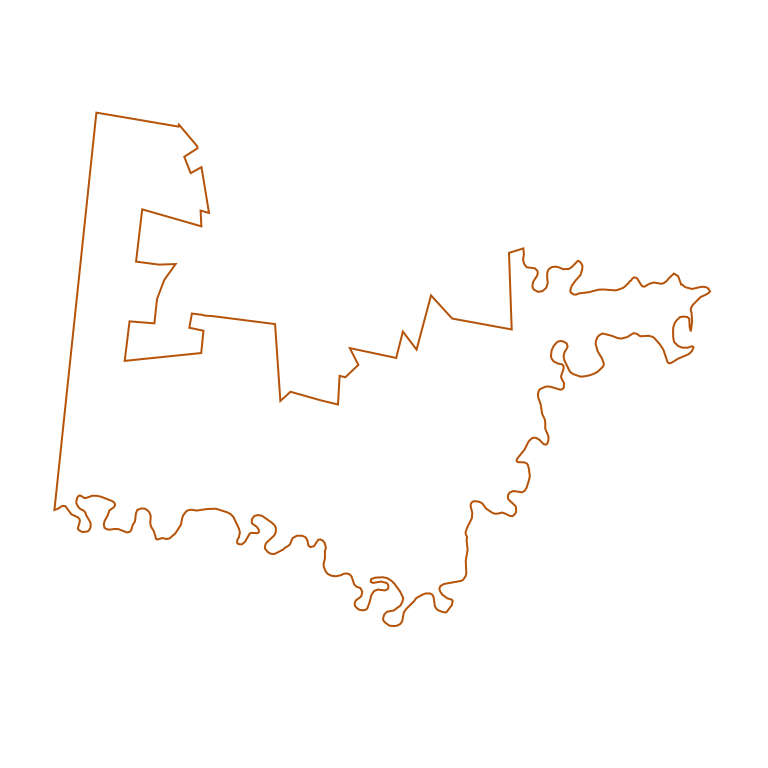 outline of Benemérito de las Américas, Chiapas, Mexico, rotated 96°
{"feature_id": "50627088B65687353920950", "entity_name": "Benemérito de las Américas", "entity_type": "district", "adm_level": 2, "iso_a3": "MEX", "parent_name": "Mexico", "parent_adm1": "Chiapas", "projection": "orthographic", "projection_center": [-90.543, 16.339], "detail": "fine", "context": "isolated", "style": "outline", "palette": "amber", "viewbox_px": 768, "rotation_deg": 96, "n_neighbors": 0, "source": "geoboundaries", "source_scale": "gbopen_adm2", "svg_char_len": 6132}
<svg xmlns="http://www.w3.org/2000/svg" viewBox="0 0 768 768"><g transform="rotate(96 384 384)"><path d="M234.6,259.6L240.5,273.4L316.4,262.7L311.8,323.0L291.0,346.5L346.4,355.2L329.9,370.7L356.8,374.6L351.9,421.7L367.7,411.5L381.4,423.2L380.5,429.0L409.2,427.6L406.9,444.9L401.5,476.2L411.7,485.3L335.8,498.6L334.4,561.0L334.7,569.1L334.2,572.6L334.0,582.4L348.4,583.5L349.9,569.1L372.3,569.0L388.1,644.3L348.3,643.6L347.7,618.7L323.1,618.6L303.5,613.4L286.5,603.8L288.8,620.3L288.2,643.4L235.6,642.7L246.3,582.1L230.7,584.5L232.2,575.9L187.4,588.2L194.5,598.3L178.9,606.4L169.1,594.2L167.2,594.5L147.5,615.0L149.5,615.3L144.2,698.4L543.7,698.6L542.1,695.2L538.8,691.1L538.8,688.1L546.2,681.4L548.5,674.6L550.2,672.7L552.2,672.1L559.7,673.4L561.1,672.4L562.8,668.5L561.7,663.6L560.7,662.3L557.6,660.9L554.0,661.0L551.8,661.9L545.6,666.5L543.3,667.4L541.4,669.3L539.9,673.3L537.4,675.9L534.8,677.4L533.0,677.7L529.1,677.2L526.9,675.8L526.9,673.6L528.7,670.2L528.4,668.2L525.7,662.6L525.2,657.5L525.7,653.6L528.7,642.6L530.0,640.0L531.6,638.9L533.3,639.0L534.7,639.7L538.4,643.8L543.9,645.2L549.3,647.5L553.0,648.0L556.3,646.9L557.3,644.5L557.6,641.9L556.3,636.8L556.1,632.9L558.5,624.0L557.5,621.3L555.5,620.0L550.7,619.2L546.6,617.3L538.5,617.2L534.9,616.1L533.0,611.9L533.0,608.8L534.2,606.2L536.3,603.8L539.7,602.2L547.0,601.9L550.1,600.8L554.6,597.4L561.3,594.7L562.2,594.1L562.3,593.1L560.4,588.4L560.9,583.7L559.9,581.1L554.4,575.9L545.5,571.4L536.1,570.3L531.0,567.2L529.5,564.3L529.2,561.0L529.5,557.3L526.8,546.7L525.6,538.1L528.0,526.5L529.4,523.0L531.9,519.9L543.3,513.0L546.7,511.8L551.6,512.3L554.1,513.5L557.4,513.5L558.2,512.7L558.5,510.0L558.2,508.4L555.4,505.7L546.8,501.9L545.9,500.3L545.6,494.3L544.5,493.0L542.3,493.2L539.6,495.3L536.3,500.8L532.6,501.3L529.2,499.5L528.6,498.7L527.5,495.6L527.8,491.7L533.5,481.2L535.9,478.1L538.3,476.5L542.5,476.1L546.0,477.3L554.5,484.6L557.9,485.5L560.0,485.2L561.4,483.9L563.3,482.0L564.6,479.2L564.7,476.2L564.1,474.5L559.1,466.9L557.1,465.3L555.4,462.7L553.5,460.9L546.7,458.7L544.0,454.8L543.5,449.5L544.6,446.1L547.2,444.0L552.5,442.3L553.9,440.1L552.6,436.7L545.9,433.2L545.2,431.2L546.2,428.4L548.4,426.3L552.8,424.7L556.5,425.3L563.6,424.5L569.4,425.3L572.3,424.7L576.8,422.2L578.7,420.2L580.2,416.2L580.2,411.6L578.6,406.7L577.1,404.5L576.3,401.6L576.7,398.7L578.7,396.2L586.4,392.7L588.3,390.5L589.5,386.1L592.8,383.9L597.6,384.4L602.3,389.5L605.0,390.2L606.0,390.2L608.1,389.3L610.3,386.7L610.9,385.2L611.3,384.1L611.1,380.4L610.3,378.5L609.0,377.2L603.9,375.8L595.0,374.4L590.9,372.2L589.1,368.7L589.2,361.5L587.8,359.1L586.6,358.4L583.7,358.7L582.4,359.6L581.5,361.0L580.8,366.4L583.0,374.2L582.1,376.4L579.4,376.4L577.5,372.4L576.3,364.8L576.7,360.6L578.9,356.1L581.4,352.9L588.8,346.2L594.8,342.5L598.8,342.9L602.6,344.5L608.3,350.8L610.1,357.0L613.1,359.6L617.2,360.4L619.0,360.1L620.9,358.2L623.4,354.1L623.8,352.6L623.7,348.4L622.6,345.0L620.8,342.6L618.1,341.1L609.2,340.4L605.4,338.4L597.3,331.7L593.6,329.6L589.7,324.1L587.9,320.5L587.5,316.2L588.5,313.9L590.5,312.5L599.9,310.1L602.4,308.0L603.3,306.6L604.4,302.9L604.8,299.5L604.4,298.0L596.5,293.3L592.3,293.1L591.3,294.2L590.6,298.5L587.5,303.9L584.8,306.2L582.6,307.3L581.2,307.5L578.9,306.6L576.6,303.4L571.7,286.6L570.4,284.8L566.4,282.7L563.1,282.4L551.5,284.2L540.1,283.5L531.5,285.4L527.1,285.5L525.4,286.8L523.1,287.4L518.5,286.4L508.3,282.6L503.1,282.7L496.1,285.2L493.8,285.0L492.1,283.9L491.1,282.1L491.1,277.5L492.3,274.0L497.3,269.3L500.9,262.5L501.4,260.5L501.1,257.5L499.5,253.2L500.2,250.0L502.0,245.0L502.0,242.7L501.1,241.3L498.6,239.6L496.8,239.3L493.2,239.8L491.5,240.6L485.8,248.2L484.0,248.9L481.0,248.9L478.8,247.6L476.9,244.1L477.3,235.4L475.5,232.9L472.1,231.3L463.9,229.7L460.1,229.4L453.0,231.1L449.2,232.6L448.2,233.6L447.3,235.9L447.7,242.7L447.3,243.6L446.3,244.1L444.6,243.9L434.4,237.3L426.0,234.2L422.9,231.6L421.8,230.0L421.7,227.0L423.4,223.4L427.1,219.0L427.4,216.5L426.2,215.4L422.8,214.6L419.1,214.9L411.5,219.0L406.0,219.5L402.4,220.4L397.2,223.6L387.7,226.1L381.0,229.3L377.7,229.9L374.1,229.2L372.5,227.8L369.7,222.9L369.3,220.7L369.4,217.7L371.2,208.3L370.7,206.3L368.9,204.8L364.4,205.0L359.7,208.2L357.7,208.7L349.9,207.0L347.2,207.4L345.8,209.1L345.4,213.5L343.7,217.7L341.2,220.0L339.3,220.8L333.5,220.9L328.8,219.4L326.9,218.2L323.9,215.9L322.8,213.3L322.9,210.2L324.5,206.6L327.2,205.4L328.7,205.5L333.7,207.8L335.8,208.2L338.1,208.2L341.4,207.2L352.0,200.6L353.6,198.6L354.6,196.0L356.1,189.4L355.6,186.0L354.0,180.8L352.1,176.7L349.6,172.9L343.7,167.9L342.5,167.5L340.4,167.6L335.4,170.2L328.9,175.1L322.1,177.7L318.9,177.7L314.7,176.5L312.2,174.1L310.9,171.6L312.3,162.2L313.9,156.4L314.1,153.0L311.9,147.0L307.7,141.7L307.3,140.6L307.8,137.5L309.2,135.4L309.7,133.5L308.4,125.9L309.0,121.9L309.9,120.1L315.5,114.0L320.6,109.8L332.8,104.2L333.6,102.5L333.0,100.5L328.1,94.2L322.6,84.2L319.0,81.1L315.0,80.0L314.3,81.7L316.1,85.7L316.7,91.2L315.5,95.4L311.8,99.9L307.2,101.3L300.4,102.1L297.1,102.2L292.8,101.2L289.8,99.4L286.6,96.7L285.6,93.0L285.7,89.3L287.1,87.3L295.6,85.9L299.6,84.4L289.9,84.1L281.0,85.6L278.8,86.6L276.0,86.5L272.9,85.1L264.4,78.2L261.5,73.2L259.6,70.7L257.8,69.4L254.9,71.8L254.1,73.9L253.9,76.3L254.4,79.2L257.3,87.6L256.2,94.6L253.6,98.5L253.9,98.9L245.9,102.8L243.9,107.3L249.3,111.9L252.0,113.6L254.5,116.4L255.3,118.4L254.9,126.5L256.7,130.7L259.9,135.0L260.0,136.6L259.9,137.2L258.1,139.0L252.7,143.1L251.7,145.4L252.2,147.0L253.2,148.1L255.2,149.0L256.4,150.6L258.0,151.3L262.3,155.0L263.4,156.2L265.7,160.8L266.7,163.7L267.1,176.1L267.8,180.6L271.4,190.2L273.4,199.2L275.0,202.3L275.2,204.6L273.6,207.8L272.4,208.4L270.4,208.4L266.5,207.5L260.9,204.2L255.2,200.0L248.8,198.8L245.9,199.0L244.4,199.7L241.8,202.0L241.2,204.1L247.9,209.3L250.2,212.1L251.1,217.8L249.7,222.3L249.3,225.8L250.4,229.6L251.8,231.4L253.6,232.6L256.1,233.3L260.9,232.9L266.2,231.7L270.7,232.5L272.1,233.3L275.1,236.2L276.3,240.3L274.5,244.8L272.7,246.2L270.3,246.7L266.6,246.3L260.0,242.9L257.2,242.7L255.4,243.3L253.2,246.0L253.0,254.3L250.0,257.1L246.1,258.7L240.5,258.4L234.6,259.6Z" fill="none" stroke="#b45309" stroke-width="2"/></g></svg>